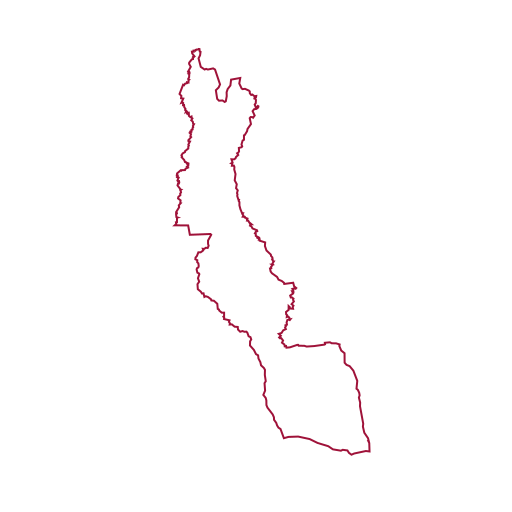 El Triunfo, Guayas, Ecuador (Mercator projection), rotated 78°
{"feature_id": "8360857B22416675182339", "entity_name": "El Triunfo", "entity_type": "district", "adm_level": 2, "iso_a3": "ECU", "parent_name": "Ecuador", "parent_adm1": "Guayas", "projection": "mercator", "projection_center": [-79.418, -2.292], "detail": "fine", "context": "isolated", "style": "outline", "palette": "rose", "viewbox_px": 512, "rotation_deg": 78, "n_neighbors": 0, "source": "geoboundaries", "source_scale": "gbopen_adm2", "svg_char_len": 6077}
<svg xmlns="http://www.w3.org/2000/svg" viewBox="0 0 512 512"><g transform="rotate(78 256 256)"><path d="M470.8,185.6L462.5,184.1L460.5,184.6L460.6,184.2L457.5,184.3L451.4,186.8L445.1,186.9L442.4,186.0L424.5,185.5L421.1,184.6L415.9,184.8L413.8,183.6L411.2,183.5L408.1,184.2L406.7,185.3L399.2,182.9L388.4,184.6L383.2,187.3L381.3,190.1L378.8,191.5L369.5,189.6L366.2,192.3L361.4,193.2L359.9,192.6L358.1,195.8L357.1,200.1L355.8,201.6L355.2,206.7L356.7,206.8L356.9,207.5L356.2,217.8L355.1,225.3L353.9,227.4L352.6,233.0L351.7,233.2L351.5,234.0L352.4,241.8L352.0,245.3L350.3,245.3L350.3,246.7L348.5,246.6L346.2,248.6L344.3,247.1L341.6,248.4L341.5,249.6L340.5,250.3L339.2,248.3L336.9,249.9L336.6,247.0L334.4,244.9L333.7,242.0L331.9,242.4L330.9,241.4L329.9,241.6L329.6,240.0L327.4,239.9L325.1,238.6L325.0,237.1L325.7,236.3L325.1,235.6L325.1,236.4L323.3,236.2L321.9,237.1L322.1,238.6L320.2,237.9L319.3,238.6L317.0,238.3L315.5,235.3L311.8,234.5L313.1,233.6L314.3,234.1L315.3,230.7L313.5,230.7L312.4,229.7L310.5,231.2L308.3,228.4L306.5,228.9L305.5,228.2L303.9,229.6L303.8,230.6L301.8,230.8L300.4,227.5L298.1,228.0L298.6,226.8L296.6,226.7L295.8,227.2L295.6,225.8L296.3,224.1L295.7,223.3L293.6,225.0L289.9,225.2L289.2,234.2L288.0,234.2L285.8,236.0L283.8,238.9L280.9,239.7L276.2,244.0L274.2,244.9L271.1,244.9L271.1,243.6L269.7,243.5L268.2,241.6L267.6,242.2L267.7,241.2L266.9,241.6L265.0,239.7L264.8,240.3L262.7,240.9L262.6,240.4L260.8,240.3L259.0,241.3L257.7,241.2L252.8,244.6L248.1,245.2L244.6,244.2L241.8,249.2L240.5,249.0L240.5,249.8L239.0,249.2L238.6,250.9L237.8,251.0L237.6,250.4L236.3,252.0L234.1,251.6L233.6,252.3L232.3,251.2L232.0,249.6L231.1,249.6L228.3,253.7L226.1,254.3L225.1,255.5L224.5,254.9L223.6,255.1L223.9,253.9L221.6,255.7L220.0,256.2L219.6,257.2L219.2,256.8L218.5,257.3L217.6,256.6L216.1,258.9L215.4,258.8L214.8,260.8L213.7,259.9L212.1,260.6L211.4,259.8L210.9,260.8L207.0,261.5L203.1,261.7L199.8,261.0L198.5,261.5L197.5,260.9L197.1,261.5L193.3,261.9L191.9,261.3L190.5,261.5L188.0,260.2L185.5,261.4L181.8,259.9L177.6,261.1L171.6,259.0L166.8,259.3L164.5,258.6L163.0,258.9L162.7,260.8L160.8,260.0L160.2,260.9L159.7,259.5L156.3,259.9L156.9,257.3L156.2,255.7L155.0,255.0L153.5,252.4L151.6,253.1L151.2,251.8L150.0,250.8L146.7,250.3L146.6,247.5L145.9,246.7L143.9,247.0L140.3,245.1L139.8,243.6L135.5,242.7L135.3,241.8L132.1,238.8L130.0,237.9L125.9,233.5L119.9,233.5L119.0,232.4L119.4,230.6L120.1,230.1L118.3,228.1L113.6,229.2L112.0,227.3L112.2,225.0L111.2,223.0L110.1,222.5L109.6,223.0L110.6,224.4L110.5,225.3L107.6,225.8L106.5,224.5L103.3,223.6L101.8,224.0L101.6,225.6L100.7,223.0L99.5,222.5L99.4,224.3L97.3,226.0L97.5,227.2L95.6,228.2L93.7,227.9L92.7,228.6L90.2,232.0L90.0,234.4L89.2,235.2L83.8,236.5L78.6,234.4L78.3,243.7L83.9,245.6L86.8,249.0L89.7,250.7L93.6,251.4L98.4,253.4L98.8,254.6L96.9,256.4L96.4,259.9L94.2,261.3L85.5,260.8L83.4,257.5L80.7,255.5L65.1,257.3L63.6,258.9L63.6,264.3L62.6,265.9L62.9,267.5L59.5,270.7L50.7,271.1L48.1,269.0L44.8,267.8L44.3,268.5L41.8,268.3L41.6,269.0L42.7,269.6L42.0,269.6L41.7,271.3L42.1,271.9L41.2,271.8L42.4,272.5L42.1,274.4L43.2,274.5L42.8,276.2L44.6,276.3L47.0,275.1L47.9,276.0L48.2,275.1L49.0,276.3L50.3,276.7L50.3,277.9L52.9,281.1L54.1,281.5L57.4,280.5L61.6,284.2L62.0,283.9L61.4,283.2L62.2,282.9L62.5,283.7L63.3,283.2L63.7,284.1L64.3,283.5L67.3,284.3L68.7,285.5L69.6,284.7L69.9,285.4L72.3,286.0L71.7,287.4L72.6,287.6L72.7,289.6L74.0,290.9L73.3,291.7L81.6,297.1L83.9,295.7L86.1,296.5L86.9,294.4L90.6,297.1L90.4,296.0L91.1,295.4L93.3,296.0L93.4,295.0L95.6,295.2L97.4,294.4L98.4,295.0L99.4,294.1L100.1,294.5L99.8,293.9L100.6,293.4L101.0,294.0L102.1,293.7L101.4,293.1L102.1,292.7L102.0,292.0L102.8,292.1L102.9,292.9L103.4,292.2L105.0,292.5L106.6,291.3L106.2,290.1L107.5,290.2L108.2,289.6L109.8,291.1L111.4,289.9L113.6,290.0L114.1,289.2L115.7,290.7L116.9,290.6L117.7,291.5L119.0,291.7L119.2,292.9L120.2,293.0L120.5,294.2L121.3,293.7L121.9,295.2L123.3,294.2L125.1,295.3L126.2,294.7L128.7,298.1L129.8,298.2L130.3,296.8L132.9,299.0L134.1,298.7L134.6,299.4L136.8,299.9L138.6,303.5L139.6,303.9L140.4,306.4L142.0,308.0L143.1,307.6L143.9,308.2L147.1,306.3L149.3,305.9L149.5,305.1L151.4,304.3L150.8,303.7L151.4,302.8L153.7,303.5L154.2,304.9L155.4,304.2L155.9,306.7L157.2,307.6L156.6,310.7L157.0,311.2L156.5,311.8L158.8,316.0L160.6,316.7L160.9,316.0L161.4,316.6L162.0,316.1L162.6,316.7L163.3,315.4L165.9,317.2L166.8,316.7L166.8,315.7L168.2,315.8L169.1,316.4L168.9,317.2L170.7,318.1L174.6,316.2L175.3,316.4L175.6,315.6L175.9,316.2L178.2,316.1L179.2,317.2L180.7,317.3L182.1,319.7L183.5,320.3L185.9,318.2L188.5,319.1L188.7,318.7L190.4,321.0L192.3,321.0L196.4,325.0L197.8,325.3L197.5,324.5L198.0,324.5L198.3,325.4L201.3,325.8L202.0,324.7L202.0,325.3L206.5,326.3L206.4,327.3L208.1,327.4L209.1,329.1L212.0,316.0L221.5,316.3L225.0,296.0L225.9,295.4L230.9,299.7L234.3,300.4L236.1,300.2L238.1,301.6L237.5,303.4L238.3,305.2L237.9,306.5L239.3,306.3L239.8,306.9L240.9,309.4L240.4,311.6L243.7,313.8L245.0,315.5L246.6,316.0L247.9,314.3L249.8,314.8L251.2,313.9L253.9,314.1L255.2,314.8L255.7,316.3L256.9,316.9L260.1,316.8L261.3,315.3L262.0,315.2L265.7,317.4L269.3,316.9L271.4,319.1L276.4,319.8L279.4,317.4L281.5,316.6L281.6,315.1L285.3,315.0L284.9,313.5L286.1,311.5L289.0,309.0L290.2,308.9L291.0,306.5L294.7,303.8L299.8,304.4L300.6,303.4L301.7,303.3L304.3,301.3L304.8,299.0L308.2,299.7L308.6,300.5L309.7,299.9L311.0,300.4L313.4,295.3L314.8,296.2L316.4,295.5L317.6,296.0L317.8,293.9L320.7,291.6L321.6,288.6L324.2,288.9L326.8,287.2L326.6,284.8L327.7,283.1L328.0,281.1L329.3,280.4L333.0,279.9L334.2,278.3L336.6,278.0L338.2,279.5L342.3,280.5L347.4,277.6L352.0,276.4L353.6,274.6L356.8,274.9L360.7,273.8L364.0,273.8L367.1,271.6L369.2,270.9L374.2,272.1L380.5,272.5L382.2,274.1L389.6,275.1L393.4,277.7L396.9,276.0L399.4,275.9L404.0,276.8L406.7,276.3L414.5,272.6L417.5,272.0L420.0,272.4L423.4,270.9L426.1,270.6L428.6,269.7L430.3,268.0L440.0,266.6L439.7,261.9L441.4,252.3L446.2,241.6L451.7,234.6L457.1,224.8L461.1,221.0L464.1,213.4L463.6,211.5L465.2,207.0L467.9,206.0L470.2,203.9L469.6,201.0L469.6,189.1L470.8,185.6Z" fill="none" stroke="#9f1239" stroke-width="2"/></g></svg>